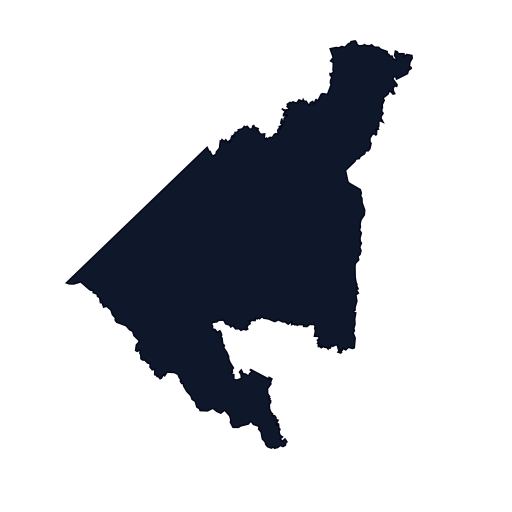 outline of Maceo, Antioquia, Colombia, rotated 349°
{"feature_id": "7082276B28427937115124", "entity_name": "Maceo", "entity_type": "district", "adm_level": 2, "iso_a3": "COL", "parent_name": "Colombia", "parent_adm1": "Antioquia", "projection": "natural_earth1", "projection_center": [-74.692, 6.525], "detail": "fine", "context": "isolated", "style": "filled", "palette": "ink", "viewbox_px": 512, "rotation_deg": 349, "n_neighbors": 0, "source": "geoboundaries", "source_scale": "gbopen_adm2", "svg_char_len": 6096}
<svg xmlns="http://www.w3.org/2000/svg" viewBox="0 0 512 512"><g transform="rotate(349 256 256)"><path d="M130.7,344.8L132.5,348.0L135.0,347.7L133.9,353.2L135.6,354.0L135.9,355.5L137.3,355.8L138.4,358.2L139.9,357.8L142.5,354.8L143.5,356.2L146.5,353.0L153.6,354.8L156.9,357.4L157.5,361.0L158.8,363.1L157.8,364.2L158.6,366.9L160.2,367.2L160.2,369.8L162.2,375.7L165.4,380.7L165.9,384.5L168.6,387.1L169.1,393.0L171.4,395.1L171.6,397.1L178.9,398.8L184.5,397.2L188.0,401.2L191.5,403.6L195.8,401.3L199.7,408.0L200.0,412.1L199.1,414.3L200.7,419.8L206.1,420.9L208.5,419.9L216.4,419.5L218.6,417.6L219.8,417.7L221.3,420.8L226.5,423.8L225.5,426.5L227.4,429.7L227.3,436.8L229.4,440.0L229.7,443.1L231.0,445.4L234.3,447.5L236.6,446.9L237.5,448.3L240.8,448.1L243.7,446.6L246.1,448.2L248.7,447.4L250.0,444.4L250.9,444.3L249.5,441.1L246.6,442.9L244.7,440.1L247.5,438.7L245.4,436.5L245.0,433.0L246.5,430.6L245.6,429.2L246.1,425.3L245.1,424.7L244.4,426.1L243.4,425.3L246.3,421.4L244.3,420.3L244.8,418.4L243.8,416.3L241.3,415.9L242.2,414.3L240.9,412.4L240.1,409.0L240.7,404.3L242.5,402.4L242.8,400.7L241.6,399.7L242.5,398.7L241.1,397.9L242.6,396.8L241.2,393.3L242.0,388.4L246.3,384.4L246.1,382.9L248.2,379.6L245.7,377.6L245.0,379.2L229.1,366.4L228.6,366.8L229.7,368.1L229.4,369.2L227.2,370.3L226.8,371.6L225.0,371.8L223.4,370.0L220.9,369.0L219.8,365.0L217.6,366.8L218.7,369.4L218.3,373.4L213.4,374.1L210.7,372.9L211.6,368.2L209.8,367.4L209.1,366.0L210.7,365.6L211.0,362.7L212.5,361.6L210.1,355.3L209.5,351.4L210.0,349.6L208.9,344.8L206.8,339.9L207.9,337.7L206.6,336.1L207.0,330.0L206.1,328.3L207.3,327.0L206.9,324.4L206.2,322.5L203.4,323.6L201.9,320.4L199.9,319.8L199.5,317.2L200.1,316.6L199.4,315.0L200.4,312.9L205.1,313.2L206.9,312.0L212.0,312.8L213.3,316.8L216.9,318.8L217.7,320.9L220.0,319.9L222.1,323.7L225.6,324.1L227.1,326.2L229.5,325.4L232.2,326.7L234.0,326.1L233.4,324.6L234.8,322.4L237.4,321.3L236.6,318.7L237.6,319.5L239.3,318.4L242.8,319.2L243.5,317.2L245.4,318.0L246.6,317.4L247.6,318.3L250.4,316.7L251.7,318.5L256.1,320.1L261.9,324.0L265.7,323.0L269.8,325.9L271.7,326.0L274.6,329.1L278.6,327.1L277.9,330.2L279.6,329.8L281.1,331.1L282.2,330.4L283.2,331.9L284.6,331.5L289.5,332.5L289.3,334.2L292.7,335.0L295.4,333.4L300.1,334.4L300.7,336.9L299.8,337.9L300.0,341.0L298.0,345.9L302.0,346.9L302.5,349.0L300.2,350.3L300.8,352.6L299.8,353.4L301.2,354.3L300.1,355.1L299.9,356.8L301.2,356.8L302.0,357.9L303.1,356.8L302.9,358.4L305.4,357.7L305.8,358.6L308.0,359.3L309.0,361.0L309.4,360.1L311.3,360.6L313.2,358.0L314.2,359.3L317.3,358.5L318.8,359.0L319.2,365.1L318.1,366.0L320.6,367.4L321.6,366.9L321.7,364.7L322.8,364.9L323.7,363.3L326.2,365.3L329.3,363.2L333.0,365.2L335.0,364.9L337.7,355.4L336.6,349.9L338.3,348.3L338.2,345.7L340.2,341.8L340.9,336.6L343.1,330.9L341.2,329.8L341.3,328.4L342.9,328.1L343.5,325.2L346.4,319.6L346.6,313.2L349.4,312.0L348.0,308.2L350.0,307.7L349.1,304.3L349.8,303.0L349.2,302.1L349.3,295.7L351.3,284.6L352.2,282.2L356.1,279.4L356.1,275.7L358.5,274.3L360.1,270.8L359.5,267.1L362.0,263.4L361.1,261.6L361.5,258.3L363.8,253.5L362.5,250.2L364.1,247.4L364.3,244.4L366.0,240.5L370.2,236.3L371.5,231.6L370.3,223.9L371.0,219.6L370.2,217.0L371.4,214.3L371.1,210.8L361.3,202.2L360.4,200.4L360.2,189.0L371.2,181.9L372.6,179.9L375.9,180.1L377.3,178.2L382.0,176.4L383.8,173.6L386.2,174.2L388.3,172.4L390.5,167.3L389.7,165.9L390.3,162.2L393.6,158.6L395.5,158.7L396.7,160.1L397.5,159.7L398.3,156.1L397.5,154.9L400.4,154.9L400.0,153.0L401.2,152.3L402.3,147.2L403.6,146.9L406.3,148.9L405.0,144.6L405.5,142.9L408.1,140.1L407.2,139.0L407.3,136.3L408.4,134.6L408.8,131.5L411.6,127.7L410.8,125.2L416.4,122.3L418.7,119.0L421.5,123.3L423.2,123.1L422.4,120.8L422.5,117.9L424.3,115.3L426.4,116.4L427.2,114.9L424.0,108.0L425.9,106.4L427.4,106.3L427.7,109.2L439.5,105.9L441.0,102.9L444.2,101.5L444.2,100.4L442.7,99.3L444.2,95.0L447.1,91.7L447.3,88.9L442.3,86.9L439.7,88.7L439.8,85.6L434.4,84.6L433.6,82.4L431.9,81.4L430.2,85.8L431.4,88.5L430.7,90.2L428.1,88.4L427.8,85.8L425.3,85.1L425.0,83.5L423.5,82.8L423.8,80.3L417.8,76.7L416.1,74.4L412.2,73.7L409.8,70.7L407.6,71.3L404.2,70.4L402.7,69.1L401.5,69.8L397.3,69.4L395.4,67.5L395.5,65.7L394.4,63.7L390.1,63.7L388.8,65.4L387.4,65.1L383.1,68.1L380.0,66.6L377.2,67.5L374.5,66.6L368.3,66.7L369.7,75.9L366.4,78.7L368.8,81.0L367.0,88.5L367.6,89.8L364.7,91.6L363.5,91.0L363.2,92.4L364.5,94.9L362.6,98.1L362.0,100.6L362.6,101.9L357.0,111.0L352.4,109.3L350.9,109.6L346.3,115.5L344.9,113.9L344.3,114.2L342.1,117.9L341.1,115.1L338.5,115.9L337.5,117.9L336.3,117.5L334.7,113.6L332.9,113.6L332.2,111.4L331.3,113.0L328.0,110.9L325.0,113.7L321.7,111.7L320.7,112.4L318.7,111.7L315.6,113.0L315.9,114.6L315.0,115.2L316.5,117.4L316.3,118.4L312.1,118.3L309.4,116.3L312.5,120.0L310.5,121.5L311.2,122.8L309.9,122.7L309.7,123.6L312.8,124.1L313.4,123.3L313.6,124.0L309.8,126.3L309.1,129.5L307.6,128.6L307.5,126.0L305.6,130.4L307.2,132.6L303.4,133.4L303.6,134.2L305.3,134.2L304.3,135.8L303.7,135.0L302.0,135.8L301.1,137.3L301.5,138.9L299.8,140.3L298.7,139.6L296.9,140.3L294.8,142.8L292.0,142.2L289.6,143.3L288.9,142.3L287.6,143.3L286.8,141.0L287.9,137.8L283.6,137.4L282.0,133.4L281.1,133.1L281.8,131.6L283.1,131.7L279.3,129.5L278.7,127.5L277.4,127.9L277.1,129.4L275.7,130.7L273.8,130.0L272.2,127.0L270.1,127.4L269.2,126.5L266.8,128.6L262.7,128.7L262.8,129.6L260.9,131.1L259.2,130.6L258.5,132.4L257.7,132.4L257.4,134.5L256.7,133.4L255.0,133.8L255.3,134.8L254.3,135.2L253.0,138.4L252.3,137.8L251.9,138.6L251.8,137.8L250.0,139.2L248.5,136.1L246.7,137.5L244.8,135.2L243.9,136.5L242.9,136.2L240.8,143.1L237.0,146.2L236.2,148.4L233.4,149.6L231.7,148.3L230.9,144.6L229.8,144.4L228.8,140.0L64.7,246.2L67.5,247.8L71.8,248.7L79.0,248.0L86.6,257.7L89.6,259.0L89.2,260.9L92.8,263.1L92.7,265.4L94.6,267.0L94.4,272.1L96.0,272.5L96.7,277.2L99.6,276.7L103.3,281.3L103.9,286.2L106.2,289.9L105.5,292.0L106.5,294.4L115.1,299.6L117.9,304.3L120.6,306.4L121.0,310.8L125.0,316.6L124.6,318.3L121.6,320.4L119.8,325.7L121.2,327.0L123.7,326.3L124.6,326.9L123.4,329.1L124.1,331.2L123.4,334.9L124.9,336.5L126.9,336.9L129.0,340.2L131.6,341.8L130.7,344.8Z" fill="#0f172a" stroke="#020617" stroke-width="1.5"/></g></svg>